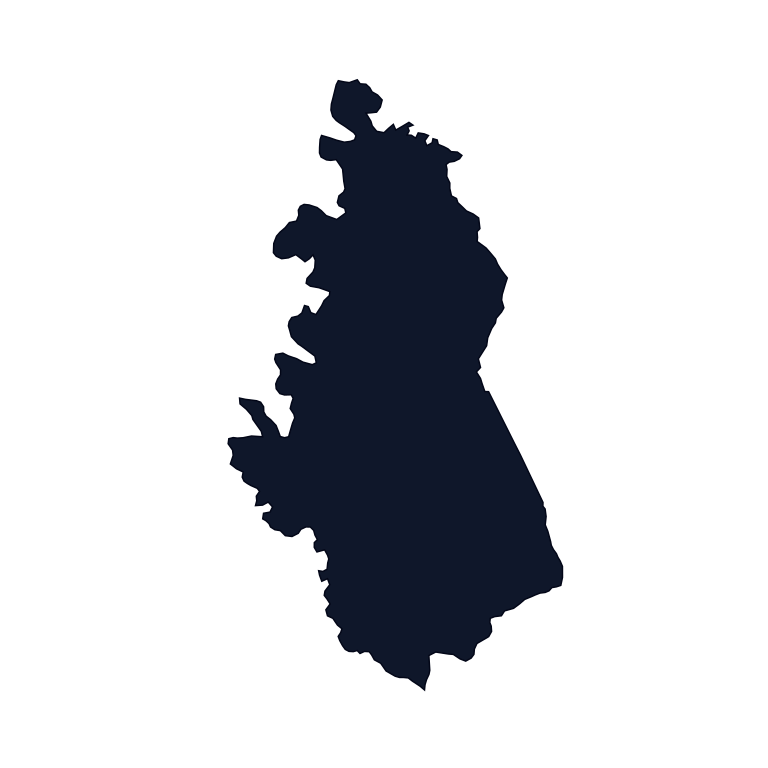 Coronel Vivida, Paraná, Brazil (Albers equal-area conic projection), rotated 63°
{"feature_id": "56859067B6845535054846", "entity_name": "Coronel Vivida", "entity_type": "district", "adm_level": 2, "iso_a3": "BRA", "parent_name": "Brazil", "parent_adm1": "Paraná", "projection": "albers", "projection_center": [-52.604, -25.993], "detail": "fine", "context": "isolated", "style": "filled", "palette": "ink", "viewbox_px": 768, "rotation_deg": 63, "n_neighbors": 0, "source": "geoboundaries", "source_scale": "gbopen_adm2", "svg_char_len": 4390}
<svg xmlns="http://www.w3.org/2000/svg" viewBox="0 0 768 768"><g transform="rotate(63 384 384)"><path d="M217.6,214.4L215.7,210.8L210.7,213.3L207.4,218.8L203.6,220.2L199.7,223.0L195.2,226.9L190.7,225.8L187.7,229.0L190.9,231.6L191.1,237.6L185.8,237.2L182.8,231.6L179.3,234.7L175.8,239.5L179.3,244.1L174.8,246.7L172.6,250.4L169.9,246.7L165.9,246.3L166.5,240.7L162.2,243.0L162.7,250.4L163.1,258.2L156.9,257.8L158.3,263.9L160.1,269.9L155.5,275.8L148.6,277.3L143.9,276.4L134.5,277.1L136.4,272.5L138.4,267.2L135.6,261.6L130.1,256.7L123.6,258.5L118.3,262.0L113.6,262.2L108.7,264.0L105.7,269.0L100.8,269.7L99.7,278.1L96.7,282.4L93.0,287.0L95.7,290.7L100.1,294.5L106.8,300.3L110.7,303.8L115.8,306.9L122.3,308.2L127.5,306.9L130.9,305.2L136.9,301.7L141.4,299.4L146.3,296.8L150.1,296.2L153.1,299.4L152.6,303.8L150.5,309.6L145.2,315.6L140.2,320.4L134.2,326.8L137.1,329.9L143.8,333.9L148.9,336.6L153.2,337.0L158.2,333.5L160.5,330.0L162.4,324.7L173.6,323.3L178.0,325.0L181.8,326.5L185.1,327.8L192.3,330.0L194.7,332.9L195.9,338.7L201.0,343.1L204.8,343.1L209.7,339.2L214.2,340.3L216.0,351.4L207.7,359.1L201.1,361.2L196.4,363.5L190.5,369.4L187.7,373.7L187.7,377.9L190.2,381.4L195.0,383.3L199.1,388.0L197.2,395.0L199.9,401.1L201.5,407.7L203.5,412.6L208.7,418.4L216.8,422.9L221.2,422.0L225.9,418.3L228.2,411.9L228.7,403.8L235.3,400.6L239.2,398.9L238.5,393.6L236.7,388.6L242.4,389.0L249.0,392.9L252.0,396.5L255.0,404.6L258.9,407.6L263.4,405.2L268.7,398.2L272.6,394.5L277.1,390.3L280.4,392.5L282.5,399.5L286.0,404.1L291.2,413.1L287.2,416.8L280.7,416.3L278.0,419.2L283.4,424.9L284.4,429.9L282.9,436.0L285.4,440.2L288.8,442.8L293.7,443.7L299.8,445.0L309.3,442.3L312.6,440.4L320.1,436.7L327.7,432.9L334.4,434.7L334.2,439.1L327.7,446.3L322.0,450.2L315.4,456.6L310.6,460.1L308.5,467.1L312.2,470.1L315.9,470.6L324.4,469.7L328.9,472.1L331.3,476.5L334.8,480.4L339.3,482.2L345.3,481.1L348.6,477.6L351.5,471.5L355.6,471.5L359.0,475.0L363.3,478.7L370.0,478.0L373.7,478.9L377.4,483.3L383.9,489.4L387.7,492.9L386.7,497.0L383.7,500.3L379.0,499.7L372.0,499.0L364.3,501.2L359.2,503.6L354.3,503.8L349.6,501.6L344.2,502.2L341.1,505.1L334.8,514.4L331.0,519.1L336.4,521.3L344.0,518.1L352.1,516.1L356.1,516.9L370.5,514.8L375.9,516.1L370.2,525.7L367.9,534.0L365.6,539.3L363.3,542.7L362.3,547.1L366.5,550.0L374.1,548.9L379.2,550.8L385.5,557.2L392.6,553.9L398.5,549.4L402.6,552.6L407.0,552.8L410.6,550.9L414.0,548.7L419.4,544.3L423.2,543.6L426.0,548.7L430.3,550.4L434.0,553.7L436.8,547.1L436.6,540.8L442.9,539.1L446.4,543.7L444.5,550.0L449.1,553.3L452.1,551.3L456.2,549.8L459.9,550.0L464.3,547.4L467.6,542.9L474.3,540.8L478.1,535.2L478.1,528.2L475.7,524.0L475.9,518.5L477.9,514.6L482.5,513.1L487.3,514.1L492.4,514.0L493.7,518.1L497.9,520.3L503.2,520.0L504.8,512.2L510.9,512.0L514.8,512.6L517.9,515.4L523.2,518.8L523.3,523.5L520.7,527.0L525.0,528.2L531.5,529.0L531.8,522.7L538.2,523.4L541.7,530.6L545.2,533.2L549.5,532.4L555.5,531.8L558.8,538.3L564.9,539.6L569.6,535.9L573.9,535.4L577.7,534.9L583.0,532.6L585.9,535.5L588.1,539.4L592.6,539.9L598.4,539.7L602.9,539.0L606.3,536.6L608.5,532.9L609.3,528.9L613.2,527.7L613.4,522.8L615.8,518.7L619.7,518.0L625.4,517.8L631.3,513.7L640.7,512.4L649.4,506.7L652.5,503.4L654.3,499.9L656.9,495.8L661.6,493.6L669.5,489.1L675.0,486.8L670.6,484.0L666.7,480.3L663.2,475.8L659.9,473.2L646.3,467.3L646.3,459.6L653.8,449.2L656.4,445.0L663.4,441.1L668.0,437.0L667.8,430.8L665.7,426.6L661.2,423.8L657.4,419.0L656.6,405.4L653.3,400.5L648.4,398.4L644.5,398.0L641.0,395.7L641.5,391.0L643.8,384.6L640.9,379.6L642.7,370.4L641.4,362.9L639.8,356.4L640.4,349.1L640.6,345.0L641.1,340.0L642.9,335.0L643.2,330.8L641.6,326.9L643.0,322.4L643.7,317.9L637.4,312.8L627.5,307.8L621.8,307.4L617.3,307.7L613.5,307.4L608.5,308.2L603.7,308.2L600.1,307.1L589.6,304.9L582.7,304.3L575.6,299.7L568.5,297.2L565.0,297.9L561.7,296.1L509.5,294.7L495.7,294.7L438.3,294.3L436.5,297.6L428.0,296.4L422.9,295.5L415.2,296.2L413.1,290.5L404.4,288.5L396.5,275.2L389.9,270.6L383.4,262.8L380.1,257.0L376.4,254.2L373.2,246.6L370.5,242.6L362.6,241.1L358.0,238.1L350.1,230.6L345.5,226.0L341.0,226.9L335.1,227.9L328.8,228.4L323.1,228.0L316.5,229.5L309.2,231.3L299.3,236.3L295.8,234.1L290.5,231.9L289.1,228.0L279.0,224.3L273.0,227.4L267.2,232.0L262.1,233.7L255.9,235.9L251.7,235.2L247.0,238.5L239.6,236.6L234.8,234.1L227.5,233.9L221.4,230.4L216.7,229.1L215.9,225.2L217.5,220.3L217.6,214.4Z" fill="#0f172a" stroke="#020617" stroke-width="1.5"/></g></svg>